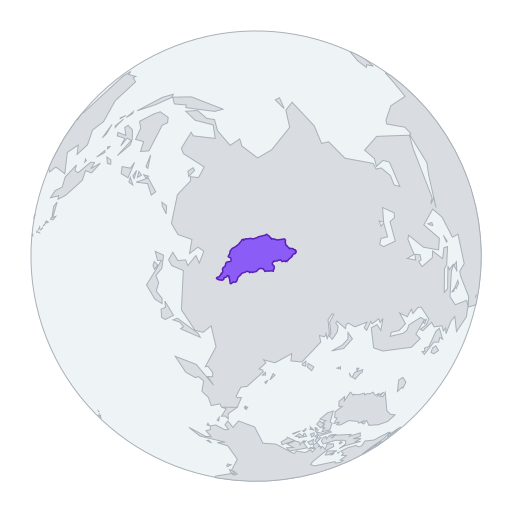 Mongolia on an orthographic globe, rotated 156°
{"feature_id": "MNG", "entity_name": "Mongolia", "entity_type": "country or territory", "adm_level": 0, "iso_a3": "MNG", "parent_name": "Asia", "parent_adm1": "", "projection": "orthographic", "projection_center": [102.872, 46.856], "detail": "medium", "context": "on_globe", "style": "filled", "palette": "violet", "viewbox_px": 512, "rotation_deg": 156, "n_neighbors": 0, "source": "natural_earth", "source_scale": "50m", "svg_char_len": 13463}
<svg xmlns="http://www.w3.org/2000/svg" viewBox="0 0 512 512"><g transform="rotate(156 256 256)"><circle cx="256" cy="256" r="225" fill="#eef3f6" stroke="#a8b0b8"/><path d="M382.9,69.8L383.6,70.4L382.2,71.3L366.8,67.2L365.3,64.7L361.8,64.4L363.5,67.9L365.5,70.3L355.7,77.8L359.0,94.0L367.3,101.3L359.8,98.5L380.5,114.4L387.0,126.8L375.2,111.6L370.5,109.2L372.7,116.7L368.3,116.0L366.9,119.4L361.5,118.0L355.0,109.8L351.4,108.9L353.1,114.3L348.8,116.8L346.8,108.8L339.1,112.4L326.8,100.4L325.8,82.1L314.5,76.2L301.6,60.0L298.3,61.3L291.3,56.6L284.9,56.4L284.3,53.9L279.7,56.0L281.4,58.3L280.0,60.2L276.3,60.4L275.0,57.1L276.6,56.5L274.3,55.7L275.2,54.0L272.7,55.0L271.5,51.3L267.3,55.4L261.8,52.9L262.5,50.3L269.5,50.0L288.2,45.0L291.1,43.2L288.0,40.5L267.5,36.0L267.7,34.6L262.9,33.1L259.5,33.8L262.1,35.4L254.7,36.8L258.8,39.1L256.4,40.2L257.8,43.2L250.0,43.5L241.7,42.3L240.2,40.0L236.5,39.6L231.8,42.7L223.0,39.9L206.9,41.0L205.5,40.5L213.6,37.1L229.2,34.3L239.8,31.8L225.2,34.4L221.9,33.8L218.1,34.3L213.8,35.2L212.1,35.9L209.3,36.2L222.7,33.2L225.4,32.9L221.2,33.7L228.4,32.6L237.4,31.5L237.2,31.5L254.2,30.7L271.3,31.2L288.3,33.0L305.0,36.1L321.5,40.5L337.7,46.0L353.3,52.8L368.4,60.8L382.9,69.8ZM464.9,175.2L463.3,172.5L463.5,171.5L464.9,175.2ZM462.8,172.8L463.2,173.3L463.0,173.2L462.8,172.8ZM462.9,174.0L462.8,173.1L463.1,174.4L462.9,174.0ZM463.3,176.1L463.0,174.8L463.1,175.1L463.3,176.1ZM463.2,178.2L463.1,178.7L462.6,177.2L463.2,178.2ZM367.1,71.6L364.0,68.1L364.0,65.5L367.1,68.4L367.1,71.6ZM366.3,77.5L363.7,75.4L367.8,75.1L368.1,76.4L366.3,77.5ZM374.3,107.1L372.6,103.2L375.8,107.3L374.3,107.1ZM367.6,120.1L369.5,121.6L367.9,122.8L367.6,120.1ZM262.0,43.0L259.9,43.1L260.7,42.4L262.0,43.0ZM264.5,44.2L266.9,43.4L268.5,43.9L266.9,44.4L264.5,44.2ZM358.3,121.9L355.2,123.6L357.2,120.4L358.3,121.9ZM261.2,45.2L270.9,45.0L273.6,46.0L270.1,48.8L261.2,45.2ZM352.7,123.7L345.4,128.5L348.9,131.9L334.8,125.4L345.7,123.2L347.6,118.5L349.2,122.3L352.7,123.7ZM283.5,59.0L281.5,56.5L286.5,58.4L283.5,59.0ZM287.1,59.9L304.7,64.1L305.8,68.3L299.7,65.8L303.9,71.4L295.9,71.3L291.8,68.2L292.6,65.5L288.9,67.6L287.1,59.9ZM328.2,121.2L325.5,121.3L327.1,119.7L328.2,121.2ZM279.8,61.0L283.2,61.4L284.5,65.0L277.8,65.0L279.5,63.8L279.8,61.0ZM309.0,73.0L308.7,75.9L302.2,76.5L301.2,77.8L295.8,71.7L309.0,73.0ZM277.4,63.1L274.4,64.9L270.5,63.6L276.5,61.0L277.4,63.1ZM287.6,66.0L287.9,67.7L285.6,66.7L287.6,66.0ZM255.0,60.3L259.1,60.3L260.1,62.1L255.0,60.3ZM273.5,65.7L274.9,66.2L275.7,67.0L273.0,67.9L273.5,65.7ZM291.5,72.7L288.8,72.5L293.4,75.2L288.6,76.0L285.9,71.9L285.1,74.0L283.6,74.3L283.0,70.7L291.5,72.7ZM272.8,71.4L267.7,66.8L259.9,66.2L258.8,64.5L271.5,65.8L272.8,71.4ZM278.9,71.2L274.9,70.9L275.5,68.8L278.6,67.8L278.9,71.2ZM286.4,78.2L294.4,78.0L294.7,78.9L286.4,78.2ZM270.4,71.6L271.7,72.7L269.8,71.8L270.4,71.6ZM281.3,76.6L284.1,76.3L284.4,77.4L281.3,76.6ZM271.9,75.3L270.3,73.8L272.4,72.9L271.9,75.3ZM276.1,76.2L275.9,77.8L274.1,73.6L277.3,75.9L276.1,76.2ZM281.2,77.6L282.2,78.2L279.9,77.6L281.2,77.6ZM265.0,79.6L262.3,74.5L266.9,72.6L268.9,77.7L265.0,79.6ZM74.9,122.0L82.9,123.0L78.2,132.4L77.2,154.9L75.9,159.4L68.9,164.3L62.6,193.7L68.9,193.3L70.2,215.9L75.5,227.0L90.0,216.2L81.3,197.6L86.7,187.3L99.4,195.9L108.1,212.9L110.5,209.5L110.9,193.3L118.9,192.2L111.7,187.4L110.2,193.0L105.6,190.4L106.8,185.2L109.6,184.8L108.6,178.8L95.6,182.7L92.6,188.8L86.6,177.7L81.0,187.1L77.2,186.7L85.2,170.7L89.0,167.7L98.8,146.2L94.2,148.2L84.7,168.9L85.0,164.8L78.7,168.5L83.7,162.5L95.3,140.1L93.8,130.4L81.5,129.8L82.8,123.9L88.6,114.8L103.6,105.4L99.0,119.8L104.2,117.4L114.1,107.7L111.9,113.2L115.4,111.3L114.5,116.7L122.1,118.8L122.5,124.0L134.0,119.9L135.8,122.2L128.5,123.8L123.7,128.1L125.9,142.0L128.8,143.2L136.1,139.6L135.7,144.2L142.5,139.0L147.9,145.5L147.0,133.4L155.5,129.7L163.4,131.3L166.1,128.0L153.2,125.6L148.3,126.7L144.2,130.9L130.5,132.9L128.0,129.4L141.7,119.6L139.5,113.8L151.1,109.4L178.7,117.6L185.9,124.2L179.9,143.5L173.3,144.1L172.2,137.2L165.4,147.3L169.7,144.7L169.4,148.7L177.5,146.8L177.7,149.6L185.1,143.1L186.3,146.4L181.6,150.5L194.5,151.1L199.2,157.4L202.0,156.3L203.7,153.2L208.6,163.7L210.4,162.4L209.6,158.4L212.8,153.4L220.3,148.9L221.5,152.7L219.0,154.9L215.6,165.6L208.6,171.2L209.9,172.3L216.2,168.4L220.4,155.4L224.6,151.6L223.5,157.7L224.2,155.2L226.7,154.5L230.3,157.6L231.9,151.0L257.2,140.5L266.8,146.0L263.0,152.3L282.0,150.7L291.3,158.1L290.5,154.3L299.0,151.6L296.3,149.2L296.5,147.2L317.3,140.5L323.2,142.3L331.2,136.1L330.8,134.3L326.9,132.5L334.8,125.4L348.9,131.9L349.1,135.6L357.8,137.6L357.0,146.1L360.4,154.4L354.6,163.2L357.8,169.4L360.8,169.5L367.4,178.4L370.6,197.2L354.7,181.3L347.3,155.3L349.2,165.6L344.8,163.3L343.0,167.1L344.6,174.6L347.3,175.5L329.4,189.3L325.4,210.5L335.4,207.8L341.9,213.0L346.0,237.2L328.3,272.3L336.8,281.5L337.4,288.1L330.5,293.3L329.2,283.6L321.9,281.0L322.3,275.0L310.7,280.8L310.7,272.6L301.7,281.6L305.4,287.7L315.7,285.3L307.8,297.2L318.5,307.3L320.0,320.2L302.8,344.0L284.9,351.4L283.8,355.2L276.6,351.0L267.1,358.4L280.7,379.1L280.3,384.8L264.9,395.4L264.5,391.3L245.4,380.0L241.8,393.2L256.4,404.8L261.3,416.8L250.2,412.7L245.1,401.8L238.4,397.5L240.2,386.1L234.6,367.6L223.3,369.6L224.2,362.3L214.7,344.9L198.6,346.6L172.9,359.8L169.4,377.1L160.5,381.8L149.9,351.3L150.3,332.2L143.2,330.8L135.0,309.2L111.3,292.9L110.9,286.6L105.8,285.5L100.5,274.8L100.9,264.7L96.3,260.9L95.9,287.6L101.1,291.7L109.6,288.8L108.2,296.8L113.7,308.6L97.1,316.2L66.8,304.0L68.8,289.7L71.4,237.3L74.1,234.3L74.3,233.8L74.6,232.9L69.8,236.8L71.9,227.0L65.2,260.3L61.9,271.7L66.3,304.3L64.7,304.8L67.6,313.1L82.9,323.4L81.9,327.4L71.7,338.4L54.8,341.2L59.9,359.6L63.5,371.0L59.5,366.2L52.0,351.6L45.6,336.4L40.2,320.8L36.1,304.8L33.1,288.6L31.3,272.2L30.7,255.7L31.3,239.2L31.4,238.9L32.2,230.7L32.3,229.3L34.9,212.8L38.7,196.6L43.7,180.7L49.8,165.2L57.1,150.2L65.5,135.7L74.9,122.0ZM72.5,128.8L70.4,131.0L72.5,128.8ZM112.2,239.2L120.7,248.8L125.6,235.1L129.3,237.9L129.6,232.4L125.9,234.1L128.0,220.0L134.8,221.2L138.3,216.1L135.6,212.7L122.7,212.9L119.6,232.9L114.0,234.7L112.2,239.2ZM221.1,34.0L219.9,34.2L215.5,35.0L217.4,34.5L221.1,34.0ZM196.9,40.6L193.0,40.9L197.1,40.1L199.0,39.2L210.1,36.7L205.3,40.1L205.5,38.9L196.9,40.6ZM223.5,35.0L217.0,35.8L224.3,34.8L223.5,35.0ZM135.3,96.8L132.1,100.2L128.2,100.8L127.7,95.4L133.4,94.4L135.3,96.8ZM128.6,105.0L142.3,97.6L143.2,101.1L140.4,100.3L139.6,103.3L134.8,103.0L122.2,114.1L117.9,115.4L119.3,104.0L121.2,106.8L124.2,103.1L128.6,105.0ZM175.9,76.7L181.9,74.7L176.1,84.6L171.2,85.4L170.3,79.8L175.6,75.5L175.9,76.7ZM253.1,50.7L255.8,50.1L256.2,50.9L254.2,52.1L253.1,50.7ZM256.8,60.1L241.9,54.5L244.2,53.4L232.7,52.0L234.2,48.7L241.6,49.6L234.2,46.4L241.5,45.9L235.8,44.1L252.1,46.5L258.4,46.3L250.8,47.7L249.2,50.6L250.4,51.8L258.4,55.3L271.1,56.9L271.6,60.4L268.5,62.6L265.5,62.7L266.2,60.3L261.7,62.3L260.4,58.9L256.8,60.1ZM232.3,91.6L234.3,87.7L225.1,93.2L223.7,89.0L222.8,89.9L219.0,87.6L212.7,86.6L213.1,84.6L210.5,85.1L207.9,83.8L204.4,84.0L203.9,80.4L199.7,80.4L201.9,78.7L194.6,79.7L199.8,77.4L197.0,75.9L193.4,78.9L199.3,61.6L197.7,56.8L193.6,54.3L203.0,51.3L212.9,52.1L221.7,55.4L221.8,60.7L226.0,58.7L227.4,60.7L223.5,61.5L230.3,61.6L230.3,63.5L238.1,67.9L247.9,67.3L250.9,69.1L247.1,70.3L252.9,71.3L247.8,74.9L249.9,76.4L247.0,81.6L238.4,83.5L241.4,85.0L239.3,89.4L232.3,91.6ZM263.9,81.0L254.0,83.7L248.4,82.9L255.8,74.2L254.6,72.3L259.2,67.2L267.3,68.7L265.2,69.9L265.1,71.6L262.6,70.4L264.5,72.6L261.8,74.5L262.5,76.7L259.1,76.9L263.9,81.0ZM78.8,160.2L78.6,163.0L79.2,166.6L75.3,169.2L78.8,160.2ZM86.4,144.8L86.9,146.6L81.6,151.6L81.9,148.8L86.4,144.8ZM91.6,143.6L87.3,146.3L89.7,143.2L91.6,143.6ZM129.4,125.4L130.4,127.3L128.8,128.6L126.2,128.8L129.4,125.4ZM204.7,108.8L206.8,106.2L208.2,106.6L215.6,103.2L217.2,106.3L213.3,109.5L204.7,108.8ZM86.0,215.5L81.8,215.1L82.1,212.0L83.5,212.8L86.0,215.5ZM76.3,191.2L76.4,198.6L75.3,191.8L76.3,191.2ZM207.7,111.6L210.6,109.8L209.6,112.5L207.7,111.6ZM218.7,108.4L218.3,111.4L218.2,106.3L218.7,108.4ZM83.8,393.2L87.1,404.8L81.3,398.2L75.9,390.9L71.7,381.7L77.1,385.7L78.5,383.4L83.8,393.2ZM317.6,437.3L324.2,436.7L323.9,437.4L317.6,437.3ZM310.7,436.3L318.3,435.3L309.3,437.8L310.7,436.3ZM321.3,434.9L329.0,432.3L332.4,430.6L331.8,432.0L321.3,434.9ZM305.5,437.0L277.0,439.0L265.7,437.4L268.4,435.1L286.7,435.1L305.5,437.0ZM267.5,435.0L250.2,427.6L226.4,403.5L234.9,404.9L259.8,420.1L258.2,422.3L268.7,428.1L267.5,435.0ZM309.3,419.7L307.6,426.4L291.9,427.3L284.8,426.7L279.9,418.3L282.6,413.7L288.5,413.6L311.1,395.6L319.0,398.5L312.1,406.2L318.6,411.5L309.3,419.7ZM170.3,379.1L174.9,390.8L170.2,391.0L170.3,379.1ZM320.1,382.5L311.1,391.2L319.2,380.0L320.1,382.5ZM324.8,372.0L325.5,375.9L321.7,372.6L324.8,372.0ZM283.7,361.1L277.5,362.2L277.3,359.2L285.1,356.0L283.7,361.1ZM321.0,331.0L321.2,340.2L320.1,343.4L317.2,338.3L321.0,331.0ZM225.5,138.5L213.4,139.5L205.7,142.8L203.1,148.7L201.6,141.1L213.4,135.9L225.5,138.5ZM253.2,139.7L255.4,135.0L257.9,137.1L257.8,138.4L253.2,139.7ZM252.1,136.8L248.3,131.1L251.9,128.6L254.1,133.5L252.1,136.8ZM227.6,120.6L223.9,120.5L224.8,118.3L227.6,120.6ZM364.4,453.5L363.5,453.7L358.7,456.3L364.3,452.8L357.0,457.0L354.9,457.2L347.5,459.7L304.2,474.4L295.2,475.5L298.7,473.7L292.7,468.9L295.8,468.7L295.2,464.1L321.5,455.1L340.7,440.7L354.0,437.6L364.8,426.1L378.1,421.6L373.3,429.6L386.2,427.4L397.2,408.9L402.7,418.8L410.4,416.7L409.8,420.4L402.5,427.1L384.1,441.3L364.4,453.5ZM443.9,380.3L441.9,383.2L441.3,383.4L442.6,381.8L443.9,380.3L443.9,380.3ZM451.3,366.6L451.8,366.4L451.1,367.5L451.3,366.6ZM450.8,367.2L452.0,364.7L451.5,366.2L450.8,367.2ZM445.3,368.5L446.4,366.7L446.7,366.8L445.3,368.5ZM334.0,434.8L343.3,428.2L348.3,426.5L334.0,434.8ZM444.2,368.3L441.8,370.6L442.1,369.5L444.2,368.3ZM444.6,366.1L444.4,365.2L445.6,366.4L444.6,366.1ZM440.1,368.0L442.9,367.3L439.7,368.6L440.1,368.0ZM438.3,370.0L436.1,371.0L436.3,370.4L438.3,370.0ZM411.7,391.3L420.1,392.8L412.9,397.4L405.0,397.8L398.2,405.7L383.0,412.2L386.7,407.9L384.8,404.4L368.7,408.9L365.5,407.0L371.3,403.0L360.5,404.1L372.4,398.8L377.1,403.3L383.8,395.9L394.9,392.2L405.6,388.8L413.8,388.4L411.7,391.3ZM372.2,412.2L374.2,411.5L372.3,413.9L372.2,412.2ZM431.9,371.4L435.1,371.5L434.7,372.5L433.1,373.4L431.9,371.4ZM415.7,386.2L424.7,375.5L426.7,374.1L420.7,383.6L415.7,386.2ZM422.7,373.7L426.7,371.6L428.7,372.8L427.9,374.2L422.7,373.7ZM348.0,414.2L347.4,416.0L344.3,415.5L348.0,414.2ZM352.0,412.1L361.4,411.2L351.1,413.8L352.0,412.1ZM323.0,412.3L325.8,416.0L334.8,411.6L328.0,416.8L333.9,422.2L331.8,425.1L325.9,419.1L323.6,426.8L319.7,427.4L317.6,421.4L321.7,412.8L325.6,408.8L341.7,404.1L323.0,412.3ZM352.0,407.1L349.5,402.8L351.4,398.9L354.1,400.9L352.0,407.1ZM341.9,392.1L335.0,387.3L328.9,390.9L341.1,379.5L345.7,386.1L341.9,392.1ZM335.8,379.4L330.2,382.7L335.9,376.3L335.8,379.4ZM328.6,380.8L327.8,376.3L332.4,376.1L328.6,380.8ZM338.8,379.0L339.6,371.0L342.1,375.1L338.8,379.0ZM325.5,366.2L335.5,372.2L322.7,371.1L321.5,355.5L326.9,354.2L325.5,366.2ZM351.2,292.4L349.5,287.6L354.2,285.2L354.0,289.1L351.2,292.4ZM367.8,274.1L354.8,283.0L344.1,290.5L347.8,292.0L346.1,301.2L340.1,294.3L347.1,283.0L355.3,278.9L355.8,271.2L361.4,264.4L359.0,255.5L361.2,250.7L365.9,257.7L367.8,274.1ZM357.6,251.9L355.5,235.4L364.7,234.9L367.2,238.4L364.3,246.1L359.6,245.8L357.6,251.9ZM357.7,231.4L353.1,231.1L340.4,209.0L340.0,204.4L354.5,220.2L351.0,220.9L352.5,226.6L357.7,231.4ZM326.8,123.3L325.6,121.5L328.1,122.5L326.8,123.3ZM294.8,146.0L295.6,143.4L298.5,144.5L294.8,146.0ZM299.3,137.2L295.5,137.7L299.0,135.5L299.3,137.2ZM287.1,139.4L293.7,137.2L288.1,141.6L287.1,139.4Z" fill="#d9dde1" stroke="#a8b0b8" stroke-width="1"/><path d="M217.7,243.2L218.5,243.0L218.9,242.3L221.2,242.5L221.6,242.1L222.7,241.9L222.8,241.2L223.7,241.0L223.9,240.6L227.5,239.7L228.6,239.0L229.6,239.1L230.0,238.5L230.6,239.3L231.4,239.0L231.7,239.8L234.5,240.3L234.7,241.6L235.2,242.5L236.0,242.5L236.4,242.9L237.4,243.1L238.1,242.8L238.8,242.9L239.4,243.3L241.1,243.5L241.6,244.2L242.0,244.2L242.6,243.5L243.7,243.2L244.4,242.1L244.5,241.2L243.9,240.7L243.6,239.1L244.2,237.6L244.6,237.4L245.0,236.6L245.7,236.3L246.4,235.1L248.8,236.6L250.1,236.8L252.3,237.9L254.1,238.3L254.4,240.4L254.6,240.8L254.5,241.3L257.1,242.9L259.0,243.0L260.0,242.4L262.3,241.7L264.4,242.3L265.6,242.2L267.0,243.4L268.7,243.4L268.9,244.6L270.7,245.8L272.3,245.6L276.1,246.0L277.6,245.0L281.2,243.9L282.9,241.8L284.5,240.5L285.6,240.5L287.6,241.5L289.8,240.8L290.7,241.3L289.4,246.5L289.5,247.8L288.9,248.3L289.3,249.3L290.2,249.9L290.9,249.1L292.3,248.8L293.9,249.4L294.8,247.9L296.6,247.5L297.5,248.2L298.4,248.5L300.4,250.1L301.2,251.5L300.8,252.1L299.4,252.3L298.5,252.0L296.5,252.8L295.8,253.5L294.9,253.4L294.8,254.3L293.6,254.5L292.8,255.0L292.2,256.7L292.2,257.3L291.0,258.6L288.1,259.4L287.0,261.2L285.7,262.3L283.3,262.0L282.4,261.5L281.0,261.6L280.3,262.6L279.9,264.5L281.3,266.0L281.6,266.9L280.6,267.8L279.2,268.6L277.7,271.0L274.7,272.6L271.4,272.8L267.3,273.7L262.8,276.0L262.2,276.6L260.8,276.4L260.8,275.5L258.5,276.0L256.6,275.0L253.9,274.4L252.0,272.9L247.7,272.3L246.1,272.6L239.7,271.4L237.3,271.5L237.1,270.6L236.0,269.2L235.3,266.4L234.7,266.0L234.9,265.1L233.1,264.7L230.1,262.0L223.0,260.0L222.6,258.6L222.9,257.9L223.8,256.8L223.7,255.8L224.2,254.7L224.0,253.2L223.6,252.9L223.2,251.7L223.0,250.2L222.5,249.8L222.4,249.2L221.7,249.3L221.1,248.4L220.0,248.3L218.9,247.2L218.9,246.6L217.7,245.7L218.0,245.1L217.3,244.3L217.7,243.9L217.7,243.2Z" fill="#8b5cf6" stroke="#5b21b6" stroke-width="1.5"/></g></svg>